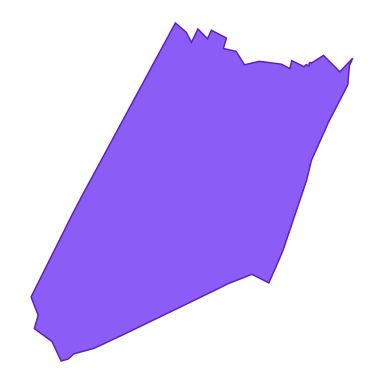 Nash, North Carolina, United States of America (Albers equal-area conic projection)
{"feature_id": "52423323B12414310346130", "entity_name": "Nash", "entity_type": "district", "adm_level": 2, "iso_a3": "USA", "parent_name": "United States of America", "parent_adm1": "North Carolina", "projection": "albers", "projection_center": [-77.97, 35.965], "detail": "fine", "context": "isolated", "style": "filled", "palette": "violet", "viewbox_px": 384, "rotation_deg": 0, "n_neighbors": 0, "source": "geoboundaries", "source_scale": "gbopen_adm2", "svg_char_len": 913}
<svg xmlns="http://www.w3.org/2000/svg" viewBox="0 0 384 384"><path d="M31.3,296.6L31.2,297.2L31.2,297.3L38.2,315.3L34.3,328.6L52.1,341.6L60.1,358.9L60.2,359.1L60.4,359.3L60.6,359.6L60.7,359.8L60.9,360.5L61.2,361.0L68.0,359.1L73.9,353.8L90.1,349.4L90.3,349.3L94.1,348.3L124.8,333.9L125.6,333.5L218.7,288.4L227.8,283.8L251.9,274.3L268.8,282.9L278.1,261.9L283.2,249.8L306.5,180.6L311.4,160.4L328.6,122.0L347.8,84.9L349.4,65.6L352.8,58.1L339.8,71.8L323.5,55.4L311.3,63.2L310.2,62.5L309.8,62.6L309.2,63.3L309.2,64.0L309.2,65.7L308.2,65.7L306.7,64.7L306.3,64.7L306.0,64.9L305.5,65.2L305.1,65.5L304.9,65.8L304.5,66.5L303.9,66.6L291.7,60.6L289.9,68.7L281.6,64.2L259.4,61.3L244.5,64.8L236.0,51.3L223.4,48.5L226.4,38.1L211.4,30.2L207.5,38.7L197.9,29.0L191.5,42.4L186.3,32.4L175.4,23.0L149.1,71.5L148.9,72.0L80.2,199.2L80.2,199.4L72.9,213.2L31.5,296.1L31.3,296.6Z" fill="#8b5cf6" stroke="#5b21b6" stroke-width="1.5"/></svg>